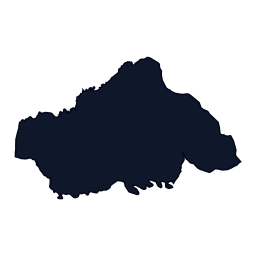 Tarnova, Caras-Severin, Romania
{"feature_id": "2599482B16006768624412", "entity_name": "Tarnova", "entity_type": "district", "adm_level": 2, "iso_a3": "ROU", "parent_name": "Romania", "parent_adm1": "Caras-Severin", "projection": "natural_earth1", "projection_center": [21.989, 45.335], "detail": "fine", "context": "isolated", "style": "filled", "palette": "ink", "viewbox_px": 256, "rotation_deg": 0, "n_neighbors": 0, "source": "geoboundaries", "source_scale": "gbopen_adm2", "svg_char_len": 5662}
<svg xmlns="http://www.w3.org/2000/svg" viewBox="0 0 256 256"><path d="M230.6,135.8L226.5,136.3L224.1,135.1L223.2,134.9L222.0,134.9L220.5,134.3L219.8,132.8L219.3,127.5L218.1,122.4L213.8,118.2L209.4,114.1L208.3,112.2L207.2,111.2L203.5,109.7L201.0,107.8L199.0,102.5L190.8,95.7L188.3,94.0L186.3,94.0L183.7,94.4L181.2,94.4L175.4,93.4L171.4,91.6L169.9,90.1L168.1,89.4L166.2,88.0L165.0,85.9L162.1,80.1L161.2,74.5L161.4,71.0L159.7,68.2L159.3,66.2L159.3,64.2L157.9,62.8L152.7,59.7L151.1,58.6L149.3,57.8L147.4,57.4L144.4,59.3L141.2,59.3L139.5,60.2L138.6,61.5L137.7,61.7L137.1,62.2L136.6,62.8L135.3,63.3L134.5,64.9L134.1,65.3L133.2,65.2L132.3,64.4L132.0,63.5L131.9,62.6L131.6,62.3L131.3,62.5L130.8,62.5L130.3,62.2L129.2,61.8L128.7,62.3L127.6,61.9L126.8,62.6L126.1,62.6L124.9,63.1L124.0,64.0L123.5,65.1L123.0,65.5L121.5,66.2L121.4,67.5L118.9,69.2L118.5,72.6L111.2,78.3L111.2,79.0L110.9,79.6L110.0,80.2L107.4,82.8L106.6,82.9L106.2,82.6L105.7,84.1L105.5,84.6L104.5,84.7L103.0,84.3L102.2,85.1L101.6,85.1L101.8,86.3L101.7,86.7L101.2,87.2L100.3,87.7L99.5,87.7L99.5,89.0L98.9,89.6L99.0,89.9L98.8,90.5L97.9,90.2L97.6,90.3L98.1,90.8L97.7,91.0L96.5,90.8L95.1,90.9L94.1,91.2L93.7,91.1L93.5,90.8L93.5,88.9L94.0,88.8L94.2,88.4L94.7,87.9L94.4,87.0L93.9,86.9L93.1,87.7L93.2,88.5L93.0,89.1L92.3,89.1L92.2,89.3L92.1,89.8L91.0,90.3L90.6,90.0L90.4,89.5L90.6,89.0L90.9,88.9L91.1,89.0L91.5,88.4L91.5,88.2L91.0,87.7L90.4,87.9L90.3,88.1L89.8,88.5L89.3,88.5L88.8,89.9L88.3,90.3L87.6,90.4L86.3,89.5L85.6,91.1L84.5,91.3L83.7,90.8L83.2,90.2L83.3,90.8L82.7,91.2L82.6,92.8L82.3,93.4L81.7,93.7L81.0,93.6L80.7,94.0L80.4,95.0L79.7,95.3L79.2,96.1L78.1,96.5L77.5,97.1L76.9,97.3L77.1,97.9L76.9,99.4L76.4,100.8L76.4,101.4L77.0,102.2L76.9,102.8L76.6,103.7L76.4,105.0L75.4,107.7L75.3,109.5L73.9,108.3L73.5,108.5L73.2,108.0L72.4,108.3L71.8,108.8L71.0,109.1L70.4,109.7L70.6,110.5L70.5,111.6L69.8,112.1L69.2,112.9L68.8,112.9L68.6,111.5L68.3,111.4L68.3,112.1L67.8,112.4L67.8,112.9L67.6,113.0L67.4,112.4L67.2,112.4L67.1,112.5L67.2,112.8L66.6,113.1L66.2,111.6L66.6,111.3L66.1,110.9L65.9,110.7L65.9,110.2L65.2,109.4L64.2,109.1L63.9,109.5L63.6,111.2L63.4,111.9L62.8,112.6L62.2,112.5L60.3,111.8L60.0,112.0L59.7,113.7L60.2,114.1L58.9,114.9L59.9,115.3L60.6,115.2L60.7,115.9L58.6,116.6L58.6,117.1L57.5,117.0L56.2,117.4L54.9,117.0L54.2,116.1L52.6,114.7L52.0,113.7L51.3,113.3L49.2,112.9L47.2,112.8L46.0,112.4L45.2,112.8L42.9,113.0L42.2,113.5L41.7,113.6L39.7,112.1L38.8,113.1L38.4,114.8L37.8,115.5L37.2,116.0L36.7,117.4L35.9,118.3L35.3,118.6L33.7,119.1L33.3,119.1L32.3,118.6L30.9,117.1L30.4,116.8L29.6,117.1L27.5,119.0L26.1,119.0L25.7,119.4L25.3,120.3L25.0,120.5L24.4,120.6L22.5,119.9L22.1,120.1L21.8,120.3L21.5,121.0L20.4,122.2L19.5,122.6L19.5,123.8L19.2,124.7L19.0,126.7L18.9,128.4L18.3,129.9L18.1,131.1L17.5,133.0L16.1,138.7L15.9,140.6L15.8,146.4L15.9,148.0L15.5,151.9L15.4,156.7L18.3,157.4L20.8,158.4L25.1,158.8L27.3,158.5L29.4,158.0L30.5,157.9L31.7,158.3L32.6,159.4L34.9,159.7L35.5,160.6L35.5,161.5L36.4,162.1L37.0,162.0L37.4,162.3L37.5,162.7L36.6,162.9L36.5,163.9L37.0,163.8L37.5,164.5L37.0,164.9L37.4,165.4L37.2,165.6L37.3,165.8L38.4,166.3L38.8,166.8L40.4,170.3L42.5,172.8L44.2,175.3L44.6,175.6L45.7,175.6L47.5,177.5L49.6,178.2L50.2,178.2L50.6,178.6L49.9,178.7L50.0,179.0L50.6,179.2L50.3,179.5L50.4,180.6L50.1,184.5L49.8,186.1L49.9,187.1L50.7,188.2L51.8,189.1L53.5,190.1L53.8,190.7L53.7,191.7L54.1,192.2L54.4,192.3L54.7,191.8L55.2,191.6L56.1,191.7L57.4,192.4L58.2,193.1L59.2,194.6L59.5,195.3L59.3,196.2L59.0,196.8L57.9,197.5L57.9,197.8L58.5,198.4L61.7,198.6L62.4,198.4L62.4,197.8L61.4,195.6L61.2,194.9L61.6,194.3L62.7,193.5L63.1,193.4L65.3,194.1L66.4,194.3L68.3,193.8L69.6,193.9L71.1,194.8L72.4,196.2L73.4,197.0L74.3,197.5L75.6,197.6L77.1,197.3L77.7,196.8L78.4,195.8L79.1,193.9L79.6,193.4L82.0,193.6L84.3,192.8L84.8,192.9L86.9,194.7L87.6,194.9L88.0,194.7L89.4,191.9L89.8,191.6L91.5,191.7L94.0,192.4L96.8,192.8L97.5,192.3L98.5,190.8L99.0,190.5L99.5,190.4L100.6,190.8L101.3,190.7L103.5,189.9L106.2,189.9L108.0,189.0L109.9,187.5L110.6,185.5L111.4,184.7L116.4,181.2L117.3,180.6L118.0,180.5L118.9,180.6L122.2,181.2L123.5,181.7L124.1,182.2L124.5,182.6L124.8,183.5L125.0,184.9L125.5,186.5L129.0,191.7L129.8,192.1L137.2,194.5L137.9,194.4L138.4,194.0L138.7,193.4L138.7,192.9L138.4,192.1L136.4,189.0L133.5,187.3L133.0,186.4L133.2,185.9L134.3,185.1L135.2,185.0L135.8,185.1L140.4,187.6L141.8,188.6L143.2,189.1L144.3,189.2L145.3,189.0L145.8,188.4L145.9,187.9L145.8,186.0L146.0,185.4L146.8,185.4L148.3,186.6L149.4,187.1L149.8,187.0L152.4,185.9L152.9,185.3L152.8,184.6L152.1,184.0L150.6,183.1L149.5,182.0L148.9,181.3L148.7,180.7L148.6,180.0L148.9,179.8L150.6,179.9L155.7,181.6L156.2,182.1L158.0,185.8L159.0,186.6L160.7,187.6L161.4,187.3L161.6,187.0L161.7,185.9L161.3,184.5L160.6,183.1L160.6,182.6L161.1,181.7L162.4,181.3L163.8,181.5L165.3,182.4L165.6,183.1L165.8,186.6L166.2,187.2L166.9,187.6L168.2,188.2L169.4,188.4L172.4,187.4L172.6,187.1L171.6,185.9L170.5,185.2L168.3,184.5L167.7,183.9L167.6,183.3L168.1,182.6L169.7,181.4L171.0,181.2L172.1,181.6L173.6,183.2L174.1,182.0L174.9,180.7L178.2,176.4L179.1,173.7L179.9,172.5L180.9,171.6L180.4,169.8L180.6,168.9L181.1,167.7L180.9,165.8L181.4,164.2L183.6,161.0L184.0,159.6L184.0,158.5L183.8,156.6L182.6,152.2L183.4,153.9L185.2,156.6L185.7,157.7L186.0,158.7L188.0,160.2L190.0,162.4L191.2,163.1L193.3,163.4L193.8,163.6L195.5,165.6L197.9,168.0L200.5,169.5L202.4,169.9L204.0,170.6L208.9,172.2L209.5,172.3L210.0,172.1L211.7,171.2L214.6,169.0L215.7,168.6L219.7,169.2L221.5,169.8L222.9,169.9L227.6,169.5L231.8,167.6L234.4,166.1L236.9,165.0L238.6,163.1L240.2,161.8L240.6,161.7L235.8,156.1L235.3,154.0L235.9,150.1L233.3,140.7L230.6,135.8Z" fill="#0f172a" stroke="#020617" stroke-width="1.5"/></svg>